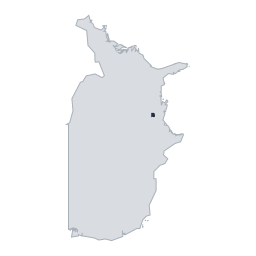 location of Winn, Louisiana, United States of America, rotated 270°
{"feature_id": "52423323B15053613174821", "entity_name": "Winn", "entity_type": "district", "adm_level": 2, "iso_a3": "USA", "parent_name": "United States of America", "parent_adm1": "Louisiana", "projection": "natural_earth1", "projection_center": [-92.735, 31.928], "detail": "fine", "context": "in_parent", "style": "filled", "palette": "slate", "viewbox_px": 256, "rotation_deg": 270, "n_neighbors": 0, "source": "geoboundaries", "source_scale": "gbopen_adm2", "svg_char_len": 4045}
<svg xmlns="http://www.w3.org/2000/svg" viewBox="0 0 256 256"><g transform="rotate(270 128 128)"><path d="M210.6,88.0L225.4,86.7L230.6,75.9L236.3,77.8L237.0,84.4L240.6,88.8L235.1,90.4L234.9,91.6L233.9,90.1L232.7,92.7L228.4,94.5L225.9,101.2L228.6,104.0L230.2,103.7L229.7,102.4L230.3,103.0L230.5,104.4L225.8,105.3L224.8,103.8L224.4,105.9L218.9,106.4L214.9,109.0L215.3,107.5L214.8,106.5L213.9,110.1L215.1,110.7L214.9,113.8L212.3,117.7L209.2,115.3L210.8,112.8L208.9,114.5L209.8,117.3L211.1,118.8L211.4,120.6L208.2,126.9L209.1,122.9L206.2,119.2L207.8,115.2L205.1,116.4L206.3,122.3L203.6,120.5L202.7,120.7L203.4,118.8L203.4,118.3L202.5,119.7L202.5,121.0L206.7,123.2L205.8,124.3L203.9,122.2L203.2,121.9L205.6,124.4L206.6,124.8L206.1,126.3L204.8,125.2L206.8,127.4L206.4,127.7L205.4,126.6L202.9,126.1L206.1,128.2L208.0,128.1L210.2,133.6L208.3,129.4L209.0,132.1L205.2,131.6L208.0,134.3L209.3,133.5L207.7,135.9L204.2,135.1L206.4,136.4L204.6,137.6L206.8,138.5L202.8,139.1L200.9,143.0L197.3,144.1L190.4,151.3L189.5,150.5L187.0,157.1L186.8,158.8L188.1,163.8L193.5,178.8L191.9,186.7L189.3,187.2L186.6,182.9L186.1,179.4L182.3,175.3L183.5,173.5L181.7,173.6L182.4,168.4L178.0,163.1L171.3,164.4L170.1,161.3L163.5,161.1L164.3,159.9L163.1,161.1L160.2,161.6L160.1,159.3L159.6,160.9L150.6,161.4L154.4,162.5L153.1,164.7L156.1,166.8L154.6,167.9L151.3,165.1L151.1,167.3L146.7,166.3L144.2,163.6L142.6,165.0L136.1,162.9L132.3,165.9L133.3,165.0L131.2,164.3L130.2,168.0L126.2,170.4L127.1,169.6L124.5,169.3L125.4,170.5L122.4,172.1L121.1,176.2L119.8,175.5L121.0,176.6L121.1,180.4L122.3,182.7L121.4,183.5L114.2,180.6L112.6,175.1L105.0,164.1L101.1,163.5L97.2,167.8L92.5,164.9L90.6,159.8L84.5,153.9L77.3,153.8L77.2,156.1L65.5,156.1L50.8,149.2L41.0,150.1L39.8,146.2L35.9,142.6L27.4,139.8L27.6,137.1L21.2,125.0L21.6,123.7L22.9,125.3L22.2,122.7L25.4,122.4L19.5,122.8L15.4,111.5L17.0,105.5L16.0,98.8L18.0,94.4L20.2,82.0L23.2,82.3L20.0,81.7L21.3,78.4L20.1,78.4L18.9,71.5L26.1,72.7L24.3,76.3L26.9,73.7L26.3,76.8L24.5,77.5L25.8,77.7L27.3,76.4L28.1,73.3L26.6,68.5L131.5,68.5L131.5,66.7L133.5,69.7L145.3,73.0L157.3,71.9L173.7,80.4L174.5,82.7L180.1,86.3L182.1,95.0L178.4,102.1L180.3,104.4L194.4,98.8L193.7,95.6L194.9,95.0L202.8,94.8L210.6,88.0ZM220.7,107.8L223.0,107.5L214.8,109.6L221.5,107.0L220.7,107.8ZM26.8,71.5L27.6,73.4L27.5,73.7L26.3,72.2L26.8,71.5ZM122.2,182.0L121.3,178.7L121.4,176.8L121.5,178.8L122.2,182.0ZM235.7,90.7L235.8,91.7L235.4,91.5L235.7,90.7ZM144.2,164.6L144.4,165.4L143.7,164.7L144.2,164.6ZM30.5,142.9L31.6,142.5L30.5,142.9ZM29.5,142.6L29.1,143.1L28.8,142.6L29.5,142.6ZM228.0,105.5L227.4,106.1L227.2,106.0L228.0,105.5ZM121.9,175.1L121.4,176.6L122.7,173.7L121.9,175.1ZM191.9,173.8L192.9,176.8L191.7,173.6L191.9,173.8ZM35.5,145.3L35.9,146.1L35.4,145.4L35.5,145.3ZM192.3,187.1L191.5,188.1L192.8,186.1L192.3,187.1ZM210.6,135.5L209.7,136.6L210.3,133.9L210.6,135.5ZM26.0,69.9L26.0,70.4L25.6,70.2L26.0,69.9ZM125.5,171.1L124.0,171.8L125.5,170.9L125.5,171.1ZM230.3,105.8L230.3,106.5L229.5,106.3L230.3,105.8ZM35.3,147.6L35.6,148.5L35.2,147.7L35.3,147.6ZM123.7,172.4L123.1,172.7L123.6,172.1L123.7,172.4ZM211.1,121.8L210.2,123.3L211.3,121.2L211.1,121.8ZM131.9,166.5L131.0,167.1L132.3,166.1L131.9,166.5ZM187.2,157.9L187.0,159.1L186.9,158.3L187.2,157.9ZM207.1,138.7L206.8,138.9L207.7,138.0L207.1,138.7ZM173.7,164.1L172.6,164.7L172.1,164.6L173.7,164.1ZM159.7,161.4L159.5,161.6L158.9,161.6L159.7,161.4ZM184.9,179.5L185.0,180.4L184.7,179.3L184.9,179.5ZM156.9,163.1L156.7,163.9L156.6,162.5L156.9,163.1ZM189.8,189.2L189.2,189.3L190.0,189.1L189.8,189.2ZM214.7,114.3L214.3,115.1L214.8,114.0L214.7,114.3ZM209.0,136.8L208.6,137.1L209.0,136.8Z" fill="#d9dde1" stroke="#a8b0b8" stroke-width="1"/><path d="M140.4,152.0L139.9,152.0L140.0,152.2L140.0,152.3L140.0,152.5L140.0,152.8L140.1,153.0L140.0,153.3L140.0,153.5L139.8,153.5L139.8,153.8L139.7,153.8L139.7,154.1L140.0,154.2L141.0,154.2L141.2,153.8L141.3,153.8L142.2,153.8L142.2,153.7L142.3,153.7L142.4,153.4L142.4,153.1L142.4,152.0L141.1,152.0L140.8,152.0L140.5,152.0L140.4,152.0Z" fill="#64748b" stroke="#1e293b" stroke-width="1.5"/></g></svg>